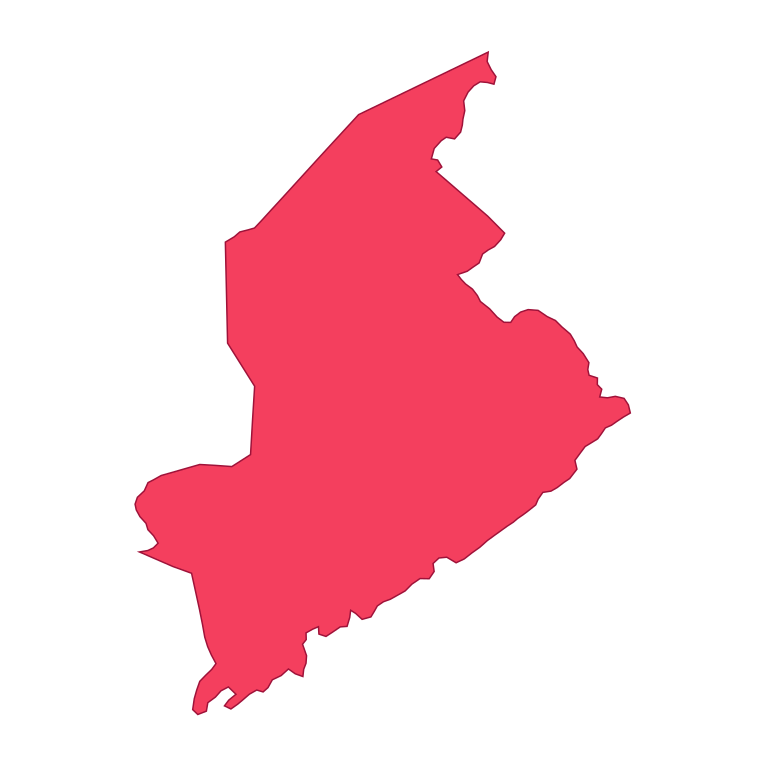 Amargosa, Bahia, Brazil (Albers equal-area conic projection), rotated 91°
{"feature_id": "56859067B13463392210040", "entity_name": "Amargosa", "entity_type": "district", "adm_level": 2, "iso_a3": "BRA", "parent_name": "Brazil", "parent_adm1": "Bahia", "projection": "albers", "projection_center": [-39.603, -13.033], "detail": "fine", "context": "isolated", "style": "filled", "palette": "rose", "viewbox_px": 768, "rotation_deg": 91, "n_neighbors": 0, "source": "geoboundaries", "source_scale": "gbopen_adm2", "svg_char_len": 2488}
<svg xmlns="http://www.w3.org/2000/svg" viewBox="0 0 768 768"><g transform="rotate(91 384 384)"><path d="M590.5,359.2L583.6,352.6L577.9,344.6L577.9,335.4L570.6,330.6L562.6,331.8L557.0,326.0L556.1,318.2L561.5,308.8L557.5,300.7L551.6,293.5L545.6,285.4L538.7,277.9L533.6,271.2L528.4,264.2L524.1,258.5L519.9,252.3L516.1,248.0L512.4,242.8L508.2,237.4L502.2,230.2L496.5,227.9L489.6,223.3L488.2,215.2L484.5,209.0L479.1,202.2L475.3,196.7L465.8,189.6L457.0,191.8L449.1,186.2L443.0,181.8L438.9,175.3L435.1,169.4L429.7,165.6L424.0,161.9L421.2,155.8L417.4,150.6L412.9,144.1L408.7,137.2L400.6,139.3L394.2,143.7L392.3,152.5L393.9,160.3L393.2,168.1L385.4,166.2L380.9,170.7L374.3,170.7L371.7,179.1L366.0,180.5L359.1,179.5L350.2,185.3L343.6,191.6L337.5,194.5L330.9,198.6L323.6,207.4L317.6,213.6L313.7,222.1L307.7,231.2L307.1,241.2L309.7,248.7L314.4,254.6L320.2,258.4L320.2,265.2L315.1,272.1L307.1,279.6L299.8,289.1L293.9,292.2L287.6,297.2L282.5,304.3L278.1,308.6L273.3,312.4L269.8,302.7L266.0,297.6L261.3,291.0L252.3,287.7L248.2,282.2L244.5,275.8L237.7,269.8L231.1,266.0L214.3,283.3L170.7,335.6L166.0,330.0L159.1,334.3L158.1,340.6L147.6,337.9L139.7,331.0L136.2,326.1L137.7,317.7L130.8,311.8L123.8,310.2L117.8,309.7L109.3,308.0L99.5,309.3L90.8,305.1L84.3,299.5L80.2,293.1L80.7,285.9L82.3,279.3L74.8,277.4L67.9,282.3L59.8,286.5L50.3,285.6L115.1,414.1L149.3,444.5L160.6,454.5L200.8,489.9L211.6,499.5L222.4,509.0L230.3,516.2L232.3,522.7L234.5,530.8L239.5,536.4L244.9,545.1L345.9,541.1L388.5,513.3L422.1,514.8L456.9,516.2L469.2,534.7L468.3,551.6L467.7,566.8L479.4,605.2L483.9,612.9L486.7,618.2L495.0,621.8L501.6,628.6L508.5,630.8L514.2,629.5L520.9,625.7L527.5,619.5L533.8,617.5L539.8,611.7L547.1,607.1L551.9,611.7L554.6,617.2L556.2,625.6L570.2,591.8L576.6,573.1L612.4,564.6L627.5,561.3L640.2,558.8L649.7,555.7L657.9,551.9L666.5,547.1L672.4,551.3L678.2,557.1L684.5,563.0L693.2,565.9L701.9,568.2L712.9,569.6L717.7,564.4L714.2,555.9L705.7,554.6L700.0,547.1L693.6,541.6L689.6,534.3L696.8,526.6L702.8,533.7L708.6,537.9L711.6,531.4L706.6,524.6L701.9,519.2L696.5,513.2L692.2,505.9L694.0,499.5L689.6,494.7L681.7,490.5L677.3,481.7L670.6,474.6L675.3,467.7L677.9,460.0L670.6,459.3L664.6,457.1L657.0,456.7L645.6,460.9L640.9,457.3L634.2,457.6L630.4,451.1L627.8,445.3L635.2,444.7L637.4,437.6L633.2,431.4L627.6,423.5L627.0,416.7L618.1,414.2L610.8,413.4L613.9,408.3L619.7,401.8L617.1,393.0L611.4,389.7L606.0,386.8L601.7,380.7L599.1,373.9L595.6,367.9L590.5,359.2Z" fill="#f43f5e" stroke="#9f1239" stroke-width="1.5"/></g></svg>